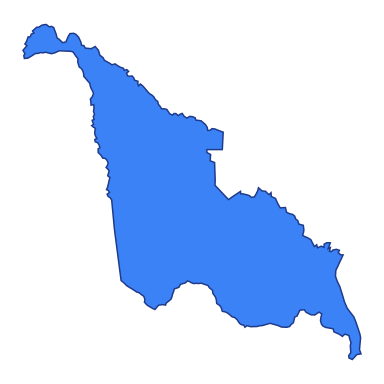 Venâncio Aires, Rio Grande do Sul, Brazil
{"feature_id": "56859067B17249233565131", "entity_name": "Venâncio Aires", "entity_type": "district", "adm_level": 2, "iso_a3": "BRA", "parent_name": "Brazil", "parent_adm1": "Rio Grande do Sul", "projection": "natural_earth1", "projection_center": [-52.217, -29.554], "detail": "fine", "context": "isolated", "style": "filled", "palette": "blue", "viewbox_px": 384, "rotation_deg": 0, "n_neighbors": 0, "source": "geoboundaries", "source_scale": "gbopen_adm2", "svg_char_len": 4241}
<svg xmlns="http://www.w3.org/2000/svg" viewBox="0 0 384 384"><path d="M343.1,254.9L340.7,254.8L338.3,252.8L339.4,250.3L336.3,249.3L332.8,250.1L331.4,251.6L329.5,251.3L330.3,247.6L328.2,248.7L330.3,242.8L326.9,242.7L324.2,244.1L323.9,247.3L321.2,246.2L317.5,247.8L316.7,244.8L314.3,246.5L310.8,239.6L307.4,237.6L304.8,236.6L302.6,235.3L303.5,232.4L303.9,229.9L303.3,225.3L298.9,224.1L297.8,220.6L295.7,219.0L294.7,216.1L292.6,214.4L289.6,213.7L286.5,212.2L285.4,207.5L280.3,207.9L278.5,204.9L277.1,202.2L275.5,198.4L271.4,196.6L271.0,192.7L269.1,194.6L267.5,193.4L265.6,191.3L262.0,190.9L258.5,187.8L257.6,191.0L256.1,194.0L254.3,197.0L251.2,197.3L249.4,195.6L246.3,194.7L243.1,193.9L240.7,193.8L240.5,191.4L238.7,192.6L236.4,194.1L232.5,196.7L228.5,199.6L215.0,185.3L215.2,180.2L214.6,162.5L210.2,160.8L210.6,154.5L206.9,152.5L206.9,149.6L222.3,149.6L223.2,132.2L217.4,130.0L215.1,129.0L212.0,128.6L210.0,130.4L207.7,130.4L207.2,127.3L205.5,124.6L201.1,120.8L198.4,120.4L195.9,120.2L195.2,117.8L192.3,116.6L189.5,116.4L187.1,118.1L184.2,116.4L182.2,113.4L180.3,114.1L178.2,115.6L175.9,113.6L174.0,113.5L172.5,115.1L169.7,113.8L166.8,109.4L164.3,108.8L161.7,108.9L160.2,106.5L158.3,104.2L157.8,101.6L155.3,99.5L153.7,96.7L151.8,95.0L149.4,93.6L147.3,91.2L144.4,87.8L142.4,85.6L140.3,84.0L138.6,85.9L137.7,83.6L138.0,81.3L134.6,80.2L133.6,77.6L132.0,75.9L130.0,76.3L127.8,76.0L126.5,73.2L128.6,71.4L126.8,69.6L124.3,70.4L123.5,68.3L120.7,67.4L117.7,65.7L115.1,63.9L111.8,64.8L109.8,63.3L106.2,61.3L104.4,60.3L103.0,57.6L99.9,55.2L98.4,50.2L96.8,48.4L95.2,46.5L91.2,48.7L85.3,48.1L83.9,45.6L81.6,45.3L80.8,41.9L78.6,37.2L75.9,34.3L73.5,33.3L69.9,33.6L68.1,36.7L65.9,41.9L62.7,42.7L58.8,39.0L57.0,37.9L56.2,34.3L53.7,27.6L51.6,26.4L49.2,26.8L46.3,24.5L43.7,24.7L41.5,25.4L38.8,27.2L36.6,27.3L35.1,28.7L32.5,31.0L33.9,33.0L31.3,34.1L30.1,37.0L28.1,36.9L26.5,41.5L24.9,44.0L27.0,45.6L23.0,50.3L24.9,53.7L23.8,55.6L24.4,58.5L28.0,58.1L30.7,56.5L32.8,55.2L35.2,53.6L38.4,53.3L40.9,52.5L43.0,52.9L45.2,52.2L47.8,52.8L51.4,53.7L54.6,52.9L59.3,50.8L70.7,51.3L72.8,51.8L74.3,53.7L75.8,56.1L78.0,58.7L77.7,62.0L78.4,64.3L79.2,67.0L81.2,68.4L82.7,70.6L83.5,73.2L83.9,76.6L85.5,78.3L87.4,80.6L89.7,83.2L90.3,86.1L91.1,88.4L92.3,90.5L93.5,93.4L92.3,96.7L90.4,99.0L90.9,102.3L91.0,105.1L93.7,104.7L94.0,107.8L93.5,111.6L94.5,114.1L93.3,116.6L94.1,119.5L92.1,120.3L93.6,124.4L91.7,125.6L93.6,127.3L95.4,128.3L94.9,130.8L94.7,133.3L95.3,135.6L96.8,138.5L94.8,139.5L95.2,141.8L97.6,142.7L99.2,145.2L99.9,147.8L98.1,148.9L98.2,152.6L101.0,155.3L102.7,158.1L105.4,158.5L107.0,160.3L108.2,163.2L107.4,165.4L106.1,167.5L107.6,168.9L109.2,170.9L108.4,173.4L107.7,175.8L110.0,177.6L109.2,180.0L108.4,183.8L107.5,187.4L106.5,189.6L108.3,190.5L109.5,192.4L107.1,194.2L108.1,196.4L110.1,197.6L111.7,200.0L111.9,202.4L114.5,229.9L121.1,280.6L123.3,282.3L125.1,284.0L126.6,285.6L128.8,287.0L133.1,289.6L136.8,292.1L139.1,292.7L141.0,294.3L143.9,296.4L144.9,299.8L144.4,302.1L146.0,304.0L147.5,305.4L149.9,306.8L153.1,308.7L154.9,309.5L158.6,305.2L162.5,304.6L165.5,305.1L166.3,303.0L168.0,301.7L170.9,299.3L171.9,297.0L172.6,294.1L173.7,291.4L174.2,289.0L178.9,287.3L180.5,284.3L182.6,283.7L185.4,282.9L187.4,281.0L189.5,281.6L191.3,282.7L193.7,283.6L195.9,283.3L198.7,283.5L201.4,283.2L204.0,284.2L207.9,285.4L209.4,287.8L212.5,290.3L212.9,293.5L214.4,295.5L215.6,297.3L216.3,299.9L216.7,303.5L219.5,305.3L221.1,307.4L222.3,311.3L225.2,311.9L227.4,312.9L229.8,314.8L232.2,316.9L234.7,317.5L237.3,319.9L239.4,323.2L241.5,324.8L243.7,325.0L244.9,327.2L247.0,325.7L250.7,326.7L257.1,326.5L259.4,325.8L262.7,325.5L270.1,323.3L278.3,325.6L281.3,327.0L286.7,327.3L289.7,326.5L290.9,324.7L293.4,322.7L294.7,317.1L297.2,315.9L298.2,313.6L300.0,310.1L304.3,309.8L306.1,312.3L311.0,314.8L314.8,315.0L319.0,312.1L321.7,313.9L320.8,318.1L320.5,320.8L321.5,324.2L323.1,326.2L325.7,327.4L333.2,328.8L333.9,331.8L339.4,334.3L342.4,336.4L344.9,334.1L348.9,335.5L349.6,338.4L351.0,342.8L350.3,345.7L350.8,352.6L348.7,355.6L349.0,358.0L352.3,359.5L357.1,354.4L361.0,353.9L359.5,349.6L360.6,337.7L359.8,333.7L356.0,322.3L353.9,317.0L347.3,308.4L344.5,302.0L343.2,297.4L339.9,286.8L337.0,280.7L335.5,276.3L335.8,270.5L343.1,254.9Z" fill="#3b82f6" stroke="#1e3a8a" stroke-width="1.5"/></svg>